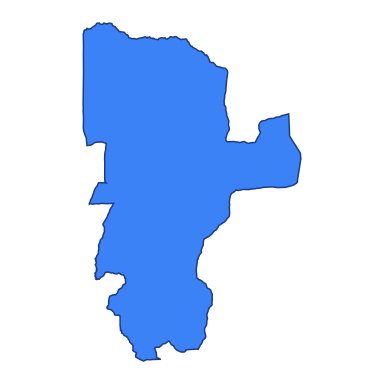 outline of Chunya, Mbeya, United Republic of Tanzania
{"feature_id": "72390352B92011686492741", "entity_name": "Chunya", "entity_type": "district", "adm_level": 2, "iso_a3": "TZA", "parent_name": "United Republic of Tanzania", "parent_adm1": "Mbeya", "projection": "robinson", "projection_center": [33.407, -7.806], "detail": "fine", "context": "isolated", "style": "filled", "palette": "blue", "viewbox_px": 384, "rotation_deg": 0, "n_neighbors": 0, "source": "geoboundaries", "source_scale": "gbopen_adm2", "svg_char_len": 5906}
<svg xmlns="http://www.w3.org/2000/svg" viewBox="0 0 384 384"><path d="M288.7,113.9L283.4,115.3L282.0,115.5L279.5,116.9L276.1,117.2L273.8,118.4L270.4,118.5L267.5,119.2L265.1,120.6L262.9,120.7L261.7,121.1L260.9,121.7L259.6,123.2L258.8,125.4L259.0,127.4L258.9,128.4L259.7,131.1L260.3,131.8L260.5,132.4L258.4,136.7L257.7,137.3L255.4,142.2L254.6,142.5L250.9,142.8L248.0,143.3L246.3,142.7L244.5,141.6L242.6,141.8L240.3,142.5L239.0,142.5L237.5,141.9L236.2,142.1L234.8,141.6L232.5,141.5L228.2,141.8L226.6,141.4L225.8,140.1L225.8,139.2L226.1,137.4L227.2,133.5L229.1,130.1L229.3,128.8L228.4,124.8L228.8,121.3L228.6,120.3L226.7,115.4L226.7,113.6L225.8,110.6L225.8,107.5L225.6,106.7L224.4,105.0L224.1,102.0L224.1,100.6L224.5,98.5L224.8,94.8L225.7,91.7L226.7,79.7L227.6,73.3L227.6,71.9L227.1,70.3L225.5,68.5L224.9,68.2L221.8,67.8L220.2,67.0L218.9,67.0L217.6,66.5L216.6,66.5L215.1,64.5L213.3,62.7L212.9,62.5L211.7,62.7L209.9,61.9L207.8,56.4L206.9,55.6L206.7,55.0L205.9,55.5L204.5,54.5L204.5,54.2L203.9,53.7L203.6,52.8L202.4,52.4L202.2,51.8L201.4,51.1L199.6,51.3L198.4,50.8L196.4,49.3L192.6,47.3L192.0,46.3L190.7,46.0L189.2,43.7L189.1,42.9L188.7,42.2L188.0,41.8L186.9,40.1L186.6,39.2L185.5,38.9L184.1,39.3L182.3,39.2L181.2,39.6L177.7,37.9L176.4,36.7L175.1,36.6L173.0,37.4L171.6,36.8L170.5,36.8L169.7,37.2L169.0,38.2L168.0,38.5L166.8,39.4L165.9,38.9L165.3,37.9L164.5,37.8L163.9,38.1L161.3,37.7L159.8,38.4L159.2,38.3L158.0,39.8L156.9,39.4L155.6,39.4L153.0,38.1L152.5,38.7L151.8,38.3L151.1,38.2L150.0,37.5L149.7,36.9L148.6,37.5L147.9,37.2L147.3,38.0L146.8,37.9L146.5,37.5L145.5,36.8L144.3,37.0L142.7,37.7L138.9,38.2L136.5,39.3L134.5,38.5L132.1,38.8L130.1,38.0L129.0,37.9L127.9,35.2L127.4,34.8L126.8,34.9L126.1,34.5L124.2,32.3L119.4,31.6L118.8,31.3L118.3,30.1L117.4,29.8L117.1,28.9L115.1,27.0L115.1,26.7L113.3,26.1L112.4,25.0L111.9,23.7L110.3,23.2L108.3,23.3L107.3,23.9L105.4,23.7L104.0,23.0L102.8,24.1L101.5,24.5L99.6,23.8L99.1,23.0L97.0,23.3L96.3,24.0L95.7,25.2L94.9,25.5L94.3,26.1L92.1,27.4L90.8,28.8L90.1,28.7L89.1,29.1L86.9,28.4L86.5,29.9L85.0,29.9L84.3,30.3L84.0,30.8L83.8,32.7L83.3,33.8L83.3,34.4L83.5,47.2L83.4,53.0L83.5,73.9L83.1,104.9L83.3,108.7L83.1,110.4L83.5,118.0L83.3,127.9L83.7,130.9L84.8,134.4L86.2,137.5L87.0,145.6L90.6,145.2L92.4,144.4L93.8,143.1L95.5,142.4L97.4,142.1L102.2,142.0L106.1,143.4L106.0,146.2L105.7,147.5L105.8,149.1L104.8,153.3L104.6,159.7L104.8,161.7L104.7,178.2L104.9,180.8L105.0,181.7L106.2,182.9L98.6,182.7L97.0,186.1L95.4,188.2L94.1,191.1L93.5,193.4L92.8,194.8L92.0,197.5L90.5,200.1L90.2,201.4L89.2,203.8L89.3,204.2L90.0,203.7L92.6,204.1L96.4,203.7L98.6,203.9L101.5,203.4L107.0,203.7L113.6,203.3L112.0,206.6L111.2,207.4L110.1,209.4L109.2,212.2L108.0,214.6L107.2,216.9L103.0,224.0L103.1,225.2L104.0,226.3L104.5,228.2L104.3,229.7L104.5,231.5L103.0,235.1L102.7,237.6L100.4,239.9L99.6,243.2L98.9,244.3L98.6,246.2L98.9,248.7L98.4,250.5L98.4,253.5L96.7,256.0L96.2,257.6L95.3,258.5L95.3,259.1L95.9,259.2L96.0,259.5L95.6,260.7L95.6,261.0L96.2,261.4L96.3,262.6L95.9,264.0L95.3,264.6L96.4,267.2L96.4,268.6L96.7,268.7L96.6,269.2L97.0,269.6L96.2,270.4L96.7,271.2L96.6,271.7L96.2,271.8L94.9,273.2L95.5,273.5L95.2,275.0L95.6,275.0L95.7,275.9L95.1,276.2L95.4,276.6L95.4,277.1L96.1,277.4L96.2,278.5L95.7,278.9L96.0,279.3L96.3,279.5L97.1,279.4L97.9,278.8L98.5,278.8L98.7,279.2L99.2,279.2L100.7,277.4L103.4,275.9L103.7,275.1L104.3,274.5L105.2,272.5L107.9,272.0L111.5,273.0L112.8,272.7L113.5,273.3L115.5,273.9L117.3,273.9L118.5,273.0L118.9,273.1L119.9,273.5L121.2,274.6L123.4,275.0L124.0,275.6L125.0,278.3L125.6,278.7L125.4,279.0L125.5,281.5L125.7,282.5L125.5,283.4L124.8,284.1L123.2,284.7L121.8,287.9L119.1,289.2L118.6,289.7L117.4,293.0L116.3,294.1L115.5,294.7L112.7,295.0L109.8,296.2L109.2,297.7L109.1,299.3L108.7,300.5L108.6,305.0L108.2,305.6L107.5,306.0L106.9,307.5L107.4,308.8L110.6,309.6L111.6,310.2L113.8,312.3L114.5,314.0L114.5,314.8L116.3,315.2L118.9,315.2L119.8,315.5L120.1,317.8L120.1,325.0L120.6,330.6L121.2,330.5L121.4,330.8L121.8,331.9L121.6,332.9L123.2,333.8L123.7,335.0L124.3,335.6L126.1,336.3L127.6,337.8L129.3,340.6L129.8,342.1L130.4,342.9L131.5,343.6L133.0,345.7L132.9,350.4L133.6,351.3L135.1,351.9L135.5,352.6L136.2,352.5L136.5,353.0L136.4,353.9L135.6,354.9L135.7,356.9L135.3,356.7L139.9,359.4L143.7,361.0L145.8,359.9L147.3,359.6L149.8,359.8L152.5,359.5L160.1,359.3L160.0,358.9L158.2,358.1L157.3,358.0L156.6,357.6L156.6,355.3L156.3,354.1L156.3,352.8L154.7,348.3L155.4,347.5L156.2,347.1L159.1,347.3L161.0,345.9L162.8,344.0L165.3,343.5L167.1,342.0L168.9,341.1L169.5,341.3L170.6,343.6L171.4,344.7L173.6,345.9L174.5,347.7L175.7,349.1L176.7,350.0L179.8,351.6L181.2,352.0L184.0,352.1L185.7,351.0L185.9,350.5L185.8,349.8L196.1,349.1L198.1,349.3L199.8,346.3L200.2,345.1L201.6,343.6L203.1,339.9L205.3,338.1L205.7,336.7L205.6,335.4L204.6,331.4L204.6,328.3L206.3,325.6L206.6,324.6L206.9,320.8L207.5,318.6L206.8,315.2L207.2,313.8L207.2,312.9L208.0,311.7L208.3,310.0L209.6,307.3L211.8,305.2L212.1,304.7L212.0,302.0L212.3,299.5L212.1,296.8L212.3,294.1L211.9,293.6L210.5,289.9L209.5,289.1L207.6,288.2L206.9,287.3L205.8,283.9L203.8,282.8L202.4,281.6L202.0,281.1L199.9,279.9L198.7,279.6L198.2,279.1L197.9,278.4L196.7,277.9L196.7,275.0L196.2,270.8L196.5,267.2L197.3,262.0L197.0,260.5L198.0,259.2L198.5,257.2L199.6,254.6L200.9,253.2L201.5,252.3L201.2,250.4L202.3,247.1L203.1,245.4L203.3,244.6L203.2,243.2L203.7,240.0L204.4,238.9L209.1,236.3L211.9,234.0L213.8,231.4L216.5,229.6L218.1,227.2L218.7,225.6L224.4,222.0L225.9,220.5L226.9,218.8L228.9,216.8L229.3,216.0L229.6,212.8L229.3,207.0L229.6,204.6L229.3,202.5L229.8,198.3L230.5,195.7L230.7,194.8L231.6,193.4L234.9,191.4L235.5,190.2L239.0,190.4L243.2,189.4L248.6,189.6L251.5,189.0L255.4,188.7L257.2,188.2L258.5,188.3L264.1,187.3L272.1,186.9L278.1,187.6L285.6,187.3L293.4,185.2L296.7,183.0L297.3,182.2L297.2,182.0L297.5,181.3L297.4,180.5L300.9,158.4L300.7,158.2L300.4,153.2L289.6,136.1L288.7,113.9Z" fill="#3b82f6" stroke="#1e3a8a" stroke-width="1.5"/></svg>